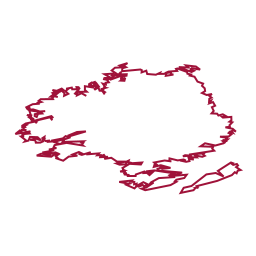 Smøla nor, Møre og Romsdal, Norway
{"feature_id": "86288312B9709733023788", "entity_name": "Smøla nor", "entity_type": "district", "adm_level": 2, "iso_a3": "NOR", "parent_name": "Norway", "parent_adm1": "Møre og Romsdal", "projection": "robinson", "projection_center": [8.005, 63.377], "detail": "fine", "context": "isolated", "style": "outline", "palette": "rose", "viewbox_px": 256, "rotation_deg": 0, "n_neighbors": 0, "source": "geoboundaries", "source_scale": "gbopen_adm2", "svg_char_len": 5744}
<svg xmlns="http://www.w3.org/2000/svg" viewBox="0 0 256 256"><path d="M127.5,63.1L119.7,65.5L123.4,67.3L115.0,67.7L111.7,70.5L116.9,73.9L115.5,74.3L117.2,75.9L121.0,71.9L120.3,74.4L126.7,74.2L126.5,75.7L122.0,76.4L123.2,79.0L125.4,77.7L123.7,79.1L124.9,79.0L124.4,80.8L120.8,80.6L122.6,79.4L121.0,78.8L121.4,75.7L110.6,79.6L109.4,78.6L115.4,75.4L111.9,75.1L112.9,73.6L104.5,74.2L110.8,77.8L105.8,78.0L107.9,79.6L107.5,79.8L103.0,79.0L106.9,79.8L108.8,82.3L105.6,82.8L105.9,84.5L102.8,83.7L105.2,87.0L103.3,87.2L105.7,87.8L100.7,89.3L103.2,89.4L102.3,90.3L104.9,92.1L103.6,92.8L104.7,94.4L102.2,90.8L99.6,90.7L98.4,87.5L94.4,89.8L96.4,86.6L98.7,86.4L97.2,84.4L97.2,86.0L92.2,86.3L95.8,83.8L94.9,81.9L93.5,82.4L94.1,83.6L91.8,82.5L89.1,84.1L89.1,85.6L91.9,84.5L90.8,85.8L92.5,87.4L84.9,86.2L84.9,90.0L86.8,91.7L79.3,91.9L86.3,95.9L81.5,93.2L77.0,95.4L77.8,92.5L75.9,94.1L75.0,93.6L79.4,88.4L78.5,87.2L76.5,87.1L77.1,89.2L72.2,89.3L71.8,87.6L66.2,88.7L67.9,89.2L65.4,91.2L68.3,93.8L64.1,95.8L64.5,93.3L62.6,91.5L63.7,90.2L61.7,88.6L58.8,89.9L61.6,90.3L60.4,91.5L52.5,90.0L55.6,92.1L52.6,93.0L54.3,94.4L52.2,94.9L53.7,95.0L59.7,91.6L54.2,96.0L57.8,97.0L51.7,95.7L50.5,96.7L53.8,96.7L52.3,97.8L53.0,99.1L40.7,99.2L38.7,100.8L41.3,102.0L36.6,103.1L39.7,103.7L32.7,104.2L26.3,107.3L27.2,108.7L30.4,107.6L27.5,109.0L28.4,109.8L33.1,109.4L39.9,111.5L45.2,111.1L40.5,111.7L42.2,113.5L38.0,113.8L36.7,117.0L34.7,116.0L34.8,114.2L39.4,113.2L38.3,112.7L39.1,111.8L29.2,110.3L30.6,114.4L29.4,114.9L31.3,115.4L31.1,116.1L27.0,114.9L30.8,117.2L29.4,117.6L31.1,118.8L30.0,119.1L34.2,118.7L31.5,119.7L31.8,121.4L51.4,116.1L52.6,117.3L51.3,118.5L52.2,120.3L50.1,117.3L38.2,120.1L36.1,121.6L36.7,123.1L34.9,121.6L25.7,123.5L21.6,126.1L25.7,124.6L26.6,124.9L21.3,127.6L23.8,126.4L25.0,127.2L23.3,128.1L23.9,129.7L26.5,130.2L20.8,129.8L22.0,130.4L20.9,132.1L19.7,130.6L15.4,134.0L30.4,131.3L28.5,132.3L29.6,133.5L22.4,134.2L22.1,135.7L24.1,136.2L21.0,136.5L25.9,140.3L24.8,141.5L28.5,140.6L30.0,136.9L37.6,137.2L40.8,140.3L35.4,138.5L30.1,139.8L34.9,140.2L36.1,142.2L35.0,142.7L40.3,142.6L43.0,141.4L42.3,140.3L44.3,138.5L42.7,138.0L44.5,136.8L44.1,139.5L45.6,141.0L50.0,140.5L46.7,141.9L52.2,141.5L53.7,140.8L51.2,140.7L62.9,138.4L65.6,136.1L68.7,137.0L68.4,135.5L77.0,132.0L85.9,131.4L69.8,136.2L69.8,137.5L63.7,139.6L64.0,140.9L62.6,141.1L62.9,139.4L54.0,142.0L60.2,144.1L63.8,141.9L83.7,141.3L81.7,142.7L83.2,143.0L81.9,144.7L82.9,145.5L66.6,142.9L54.6,145.1L53.6,147.3L56.4,148.1L48.9,149.5L54.2,150.4L42.3,152.5L53.1,153.1L48.2,153.6L51.3,154.9L41.2,153.7L36.7,155.6L51.3,156.7L54.9,154.2L52.4,153.6L55.4,152.4L58.0,153.5L55.2,154.9L57.7,154.9L55.8,156.2L57.5,157.8L55.4,158.0L63.2,160.7L68.7,156.6L77.4,155.7L72.8,154.4L78.9,152.0L81.6,153.3L78.6,153.8L81.8,154.9L90.7,152.2L86.3,154.4L98.9,153.4L97.2,155.3L100.6,155.1L100.3,156.4L103.9,154.9L104.7,156.0L103.4,155.9L101.8,157.1L107.9,156.8L104.3,158.9L111.3,157.8L117.0,161.6L125.8,161.6L116.5,163.5L119.6,164.7L126.6,164.3L126.0,162.8L127.5,162.0L126.5,161.6L128.7,160.6L128.2,162.1L130.2,162.6L129.4,163.4L142.1,162.5L140.9,164.5L129.6,163.8L122.5,168.0L123.4,169.4L122.2,169.6L124.5,170.4L120.1,171.5L124.8,171.8L124.3,173.1L126.8,173.2L123.9,174.4L129.4,175.0L126.9,176.0L135.6,176.0L135.8,174.5L144.4,171.5L145.5,172.4L143.3,172.7L143.3,173.1L149.7,172.7L148.1,173.9L149.5,175.1L154.2,170.8L145.9,171.4L154.4,170.4L173.7,173.3L169.4,175.3L170.5,176.1L182.1,172.6L157.8,170.5L157.5,168.8L161.2,167.8L159.7,166.6L164.7,167.8L161.4,168.1L162.2,168.8L170.5,167.9L160.8,165.2L153.8,166.9L154.6,164.4L157.5,165.2L154.2,162.5L164.6,160.5L171.4,161.4L169.3,160.8L169.5,158.4L177.7,160.4L183.6,159.5L185.8,160.5L180.0,160.5L186.1,161.8L189.5,161.1L188.9,158.8L193.8,159.6L188.6,157.9L188.0,155.8L182.9,156.3L185.1,155.2L190.5,155.6L189.6,156.3L192.5,157.3L196.8,157.4L194.9,155.4L202.3,156.8L204.8,155.8L203.0,154.4L204.1,153.3L189.0,154.6L214.2,150.7L212.2,148.6L213.2,146.8L200.6,146.3L205.0,143.3L215.4,145.5L223.5,143.3L224.6,142.6L222.9,141.2L224.6,141.1L222.6,140.0L226.5,140.4L227.8,139.3L225.7,139.3L227.0,137.8L220.0,136.7L228.7,136.5L231.3,134.4L228.6,133.0L229.7,131.8L232.8,132.8L231.5,131.1L233.3,130.3L235.9,131.6L232.7,128.8L225.4,127.3L229.9,126.8L229.5,125.2L232.3,122.3L229.5,121.7L231.4,120.3L231.3,116.9L222.9,117.6L222.1,116.9L226.8,116.6L222.8,114.3L218.4,115.5L217.2,113.7L211.6,113.4L213.7,110.9L211.9,107.2L215.1,105.7L213.0,102.1L209.4,103.3L211.0,100.6L209.1,101.5L209.3,98.8L211.5,97.6L209.5,96.0L211.9,94.0L206.7,95.0L202.0,93.0L205.1,91.1L204.7,88.3L202.0,85.8L203.1,83.6L197.5,81.6L194.5,76.7L189.9,75.6L191.0,74.5L187.4,73.7L187.1,72.0L177.4,68.5L176.0,68.9L177.2,70.9L168.5,71.6L164.9,73.2L171.0,72.3L170.8,74.0L173.4,74.6L165.8,75.8L166.3,73.8L159.6,73.9L160.1,72.8L155.9,74.7L147.2,74.0L146.3,70.7L141.6,72.4L141.8,70.2L140.4,69.5L122.1,71.2L122.3,68.3L126.0,67.2L123.4,65.8L127.5,63.1ZM232.9,163.2L231.0,162.5L217.9,170.9L223.6,176.5L215.7,173.0L206.4,174.4L191.5,186.0L183.7,187.8L180.7,192.9L193.5,190.2L195.8,187.6L198.4,187.9L196.2,187.5L197.6,187.0L196.8,186.1L217.2,180.9L231.9,175.1L234.8,172.2L236.6,173.3L237.7,170.7L240.6,170.0L236.1,167.1L238.0,165.5L236.9,164.0L233.2,164.9L232.0,164.0L232.9,163.2ZM186.7,174.7L173.9,175.8L174.2,177.1L158.8,178.1L151.1,182.3L150.3,183.3L153.6,182.6L146.2,187.5L141.5,188.7L145.2,190.2L170.5,185.1L176.4,181.8L174.9,181.2L176.4,179.7L184.3,178.0L186.7,174.7ZM132.0,180.5L119.2,181.9L129.1,183.8L126.3,184.8L134.5,188.4L136.9,185.9L138.9,186.7L142.7,184.9L143.9,186.3L147.7,184.3L143.3,182.2L136.1,186.2L136.6,183.7L134.1,184.3L134.3,181.9L130.7,181.8L132.0,180.5ZM195.9,66.5L186.0,65.4L188.3,67.5L178.8,67.1L191.5,72.0L193.9,70.8L190.6,69.8L191.7,68.2L200.1,69.6L195.9,66.5Z" fill="none" stroke="#9f1239" stroke-width="2"/></svg>